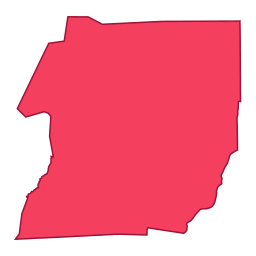 Menaka, Gao, Mali
{"feature_id": "8926073B3742503303790", "entity_name": "Menaka", "entity_type": "district", "adm_level": 2, "iso_a3": "MLI", "parent_name": "Mali", "parent_adm1": "Gao", "projection": "orthographic", "projection_center": [2.874, 16.667], "detail": "fine", "context": "isolated", "style": "filled", "palette": "rose", "viewbox_px": 256, "rotation_deg": 0, "n_neighbors": 0, "source": "geoboundaries", "source_scale": "gbopen_adm2", "svg_char_len": 3363}
<svg xmlns="http://www.w3.org/2000/svg" viewBox="0 0 256 256"><path d="M15.4,239.2L17.7,239.1L23.9,238.8L27.7,238.7L30.3,238.5L37.0,238.1L43.6,237.9L47.5,237.7L49.2,237.6L55.8,237.3L62.1,237.0L67.8,236.7L68.4,236.7L72.5,236.5L75.3,236.3L78.4,236.2L81.3,236.0L84.3,235.9L90.9,235.5L93.5,235.4L97.9,235.2L100.7,235.1L104.6,234.8L111.6,234.5L114.4,234.3L118.2,234.3L120.3,234.2L123.2,234.3L130.1,234.5L133.0,234.6L140.8,234.8L145.5,234.9L146.9,235.0L147.0,232.9L147.1,230.0L147.2,229.1L147.4,228.7L147.6,228.2L147.8,227.7L148.9,227.9L150.8,228.2L151.7,228.4L160.9,229.8L170.3,231.2L177.4,232.3L179.7,232.6L183.7,233.3L185.0,232.4L185.3,232.1L186.3,230.9L186.8,229.9L186.9,229.4L187.0,227.3L187.2,226.0L187.0,225.2L186.7,224.4L186.7,223.7L187.0,223.0L187.4,222.7L187.8,222.4L188.9,221.8L190.5,220.9L190.8,220.7L191.7,219.8L193.2,217.9L193.8,217.0L195.5,214.6L198.2,211.6L198.6,211.2L199.8,209.8L200.1,209.6L200.5,209.4L200.9,209.2L201.5,209.0L202.4,208.9L203.2,208.8L205.8,208.8L206.9,208.8L207.6,208.4L209.4,207.9L210.7,207.4L211.4,206.9L211.9,206.4L212.8,205.7L214.1,203.8L214.6,202.4L214.9,201.9L215.3,199.7L216.1,196.8L216.4,194.9L216.5,194.4L216.5,194.2L216.6,193.1L216.5,192.1L216.5,191.2L216.7,190.4L217.0,189.1L217.4,188.0L217.9,186.8L218.5,186.3L219.5,185.3L220.3,184.8L221.7,183.8L221.7,183.7L221.8,183.2L221.6,182.7L221.5,181.0L221.7,180.0L221.9,179.2L221.9,178.8L222.0,178.7L221.9,178.1L221.6,177.4L221.4,176.6L221.2,175.7L221.3,175.1L221.6,174.3L222.3,173.1L222.6,172.5L223.3,171.0L223.5,170.5L223.7,170.1L223.8,169.7L224.0,169.1L224.3,168.5L225.1,167.1L225.7,166.0L227.2,163.6L227.6,162.6L227.8,161.9L228.0,161.0L228.2,160.2L229.0,158.7L229.0,158.2L229.1,157.3L229.3,156.8L229.9,155.3L230.5,154.5L230.9,153.9L232.9,152.6L236.2,150.7L237.5,149.9L237.5,148.1L237.4,138.8L237.3,130.4L237.2,125.9L237.1,121.6L237.0,119.0L237.1,117.1L237.1,116.7L237.5,115.8L237.6,115.3L237.8,114.7L237.8,114.1L237.8,113.2L237.7,111.3L237.7,111.0L237.9,110.2L238.2,108.9L238.2,108.4L238.3,105.4L238.3,103.6L238.3,101.5L238.4,101.4L239.4,101.4L240.6,101.5L240.5,96.5L240.4,87.7L240.4,78.4L240.3,69.6L240.3,60.0L240.2,51.9L240.2,43.5L240.1,33.7L240.0,25.6L239.9,21.5L239.9,21.0L239.7,21.1L161.9,21.4L102.3,24.3L88.2,16.9L67.9,16.8L64.2,41.1L48.8,43.3L42.8,55.6L17.3,108.7L25.8,117.0L44.1,111.7L48.1,113.2L50.9,116.2L49.6,136.3L53.3,156.8L51.1,156.4L51.3,157.0L51.8,157.6L51.3,157.9L51.0,158.3L51.0,159.1L51.1,160.3L50.9,161.1L51.0,161.8L51.0,162.6L50.9,163.1L50.4,163.7L50.0,164.6L49.5,165.5L48.7,166.6L48.6,167.3L48.6,167.7L48.3,168.4L48.3,169.7L48.0,171.0L48.0,171.4L47.8,171.7L47.2,173.1L47.3,173.5L47.0,173.9L45.5,174.4L44.9,174.5L44.2,175.2L43.7,175.9L42.6,176.2L41.9,176.7L41.7,177.6L41.3,178.2L40.8,178.6L40.2,178.7L39.9,179.1L40.0,179.7L40.2,180.5L39.9,180.9L39.1,181.6L39.1,182.1L38.9,182.9L38.1,184.3L38.0,185.0L38.1,185.4L38.0,186.1L38.3,186.7L38.4,187.2L38.4,187.7L37.7,187.7L37.0,187.9L36.2,188.4L35.7,188.8L35.6,189.2L35.6,189.5L35.4,189.7L35.1,189.8L34.8,189.7L34.1,190.0L33.5,190.9L33.2,191.4L32.9,191.6L32.5,191.7L32.1,191.6L31.7,191.5L31.4,192.0L31.1,192.3L30.8,192.8L30.6,193.3L30.0,193.7L29.6,193.8L28.9,193.9L28.4,194.0L28.2,194.2L28.2,194.9L28.2,195.4L28.2,195.6L28.1,195.8L27.8,196.1L27.3,196.1L26.8,196.2L26.6,196.4L26.5,196.7L26.5,196.9L27.9,197.5L21.9,213.7L19.3,233.9L15.4,239.2L15.4,239.2Z" fill="#f43f5e" stroke="#9f1239" stroke-width="1.5"/></svg>